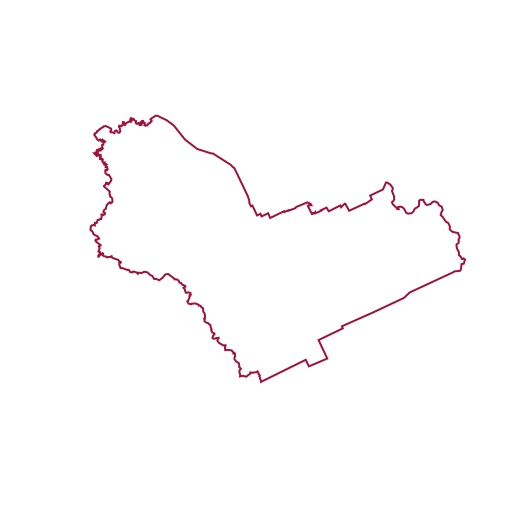 the district of Chascomús, Buenos Aires, Argentina, rotated 202°
{"feature_id": "61730980B62875315745131", "entity_name": "Chascomús", "entity_type": "district", "adm_level": 2, "iso_a3": "ARG", "parent_name": "Argentina", "parent_adm1": "Buenos Aires", "projection": "orthographic", "projection_center": [-57.761, -35.598], "detail": "fine", "context": "isolated", "style": "outline", "palette": "rose", "viewbox_px": 512, "rotation_deg": 202, "n_neighbors": 0, "source": "geoboundaries", "source_scale": "gbopen_adm2", "svg_char_len": 6135}
<svg xmlns="http://www.w3.org/2000/svg" viewBox="0 0 512 512"><g transform="rotate(202 256 256)"><path d="M294.1,189.4L291.3,189.3L290.6,188.6L289.8,189.1L288.1,188.7L287.6,188.1L285.5,187.7L284.1,184.7L282.1,183.5L280.3,180.4L280.6,178.8L279.8,178.5L280.1,177.9L279.4,176.3L277.1,175.6L275.1,175.8L274.3,175.2L272.5,175.0L271.5,173.2L270.2,172.1L270.1,171.0L269.3,170.6L269.1,169.6L268.0,168.8L265.5,168.6L265.2,167.8L265.9,166.3L265.8,164.0L265.3,163.4L263.6,163.6L261.9,165.3L260.7,165.4L260.1,166.1L259.8,165.6L260.4,164.7L260.1,163.0L257.6,161.5L252.8,160.9L250.8,161.8L250.5,161.2L250.7,159.7L249.2,157.2L247.5,158.2L243.1,159.4L241.8,158.4L240.5,158.2L240.4,157.2L239.1,157.7L237.9,155.4L237.9,153.6L237.2,152.1L234.9,150.7L231.9,150.3L230.4,148.1L230.1,146.8L227.8,145.9L228.4,143.9L228.2,142.6L225.8,139.4L225.7,138.4L223.0,140.1L219.9,140.4L217.2,144.9L217.6,145.9L215.8,146.3L212.3,148.3L211.4,149.6L210.1,148.7L209.6,147.6L207.8,146.8L207.9,145.7L206.4,144.5L206.3,143.6L204.5,142.2L204.2,141.2L171.0,178.4L165.6,173.5L151.5,187.6L166.5,201.5L148.4,221.4L150.0,223.0L125.6,248.3L103.2,272.5L99.8,279.8L66.9,315.0L66.5,315.9L61.3,318.7L61.0,320.4L62.4,325.5L60.5,326.7L60.9,331.1L62.7,331.5L63.2,330.6L64.1,330.4L65.6,331.8L68.3,333.0L69.3,335.6L72.3,338.1L74.2,341.0L74.3,342.2L73.1,343.8L73.4,345.7L74.3,346.6L74.1,349.4L75.2,351.1L76.7,352.1L77.1,353.0L82.9,352.0L85.9,353.0L86.6,353.7L87.1,355.8L90.1,358.6L92.9,359.0L97.8,362.3L100.1,363.1L100.5,366.3L100.1,368.7L102.3,371.3L105.3,371.6L107.4,373.4L110.6,373.6L112.5,372.4L113.6,369.6L116.6,367.3L118.3,367.6L119.4,368.7L120.8,369.3L121.8,370.8L124.4,369.7L125.3,368.9L125.4,368.1L123.7,363.8L124.5,361.9L126.3,359.6L126.7,358.4L126.6,356.4L127.8,353.9L130.8,352.3L132.8,352.2L136.6,355.4L138.5,356.0L140.5,355.9L142.4,354.8L142.3,354.0L141.3,352.9L142.7,352.4L143.7,353.3L148.6,355.2L149.8,356.5L150.1,357.2L149.1,358.7L149.1,360.6L150.6,363.3L154.2,367.1L154.4,370.1L158.1,372.5L161.9,373.2L163.0,372.9L163.2,365.2L172.8,354.8L169.8,351.8L174.4,344.9L175.0,345.2L186.6,332.8L192.7,337.9L193.4,337.7L195.3,333.1L196.7,334.5L205.3,324.7L208.7,327.3L212.9,322.8L212.4,322.6L214.1,320.6L217.0,317.8L217.4,318.5L217.5,318.0L218.4,318.0L218.9,317.6L218.5,317.1L219.8,315.8L226.6,321.8L226.6,322.6L223.7,323.8L225.0,324.8L228.4,325.0L237.2,316.4L237.3,315.2L243.0,310.0L243.2,310.4L246.1,307.4L246.7,308.1L257.1,296.6L260.7,300.2L265.7,294.8L267.7,296.8L270.2,294.0L278.2,301.4L279.3,300.2L282.1,302.7L283.0,304.9L286.3,308.7L309.2,329.6L310.1,329.5L313.7,331.1L334.3,334.9L336.3,334.3L350.5,333.2L365.3,337.3L381.3,346.3L389.6,348.4L400.2,349.1L401.9,348.1L405.0,343.6L405.0,343.0L403.5,342.5L403.3,341.6L404.1,340.5L404.2,339.2L405.5,338.6L405.6,336.4L406.9,336.0L407.4,335.3L408.5,335.5L408.6,337.0L409.2,337.9L411.5,336.6L411.9,336.8L410.9,338.1L411.3,338.9L412.3,338.6L413.2,336.1L412.9,335.7L411.7,335.9L411.2,334.8L412.9,333.7L414.9,335.3L415.9,333.9L416.6,333.9L417.4,334.5L417.8,336.2L419.5,336.2L420.6,337.2L421.4,337.1L421.7,335.6L422.3,335.3L422.4,337.0L423.5,337.1L423.8,336.3L423.6,335.0L422.3,334.1L422.3,333.4L423.9,333.2L426.1,330.7L426.5,328.2L427.5,328.3L428.4,330.5L429.5,330.3L428.9,328.3L429.3,325.9L431.1,325.9L431.6,325.4L431.6,324.6L429.9,323.2L429.6,322.0L428.7,321.2L428.6,320.0L429.1,318.9L430.5,318.7L431.7,319.9L432.6,320.1L433.6,319.0L433.3,316.9L435.3,316.9L437.0,316.3L437.8,316.9L437.5,318.6L438.0,319.8L443.9,320.3L446.0,318.9L445.9,318.4L447.8,316.1L448.0,315.0L448.6,314.9L449.4,312.7L450.0,312.4L449.9,310.8L451.2,309.5L451.0,308.8L451.5,308.2L451.2,307.6L448.0,305.7L447.3,304.8L444.9,304.1L444.2,305.6L442.8,304.8L442.1,306.0L441.4,304.7L440.5,306.1L438.8,305.5L440.0,304.4L439.4,303.2L439.4,302.0L440.3,301.1L439.6,300.2L439.5,299.0L438.4,298.5L438.4,297.9L440.1,297.7L440.1,297.3L439.2,296.7L439.5,295.6L440.2,295.6L440.6,296.5L441.4,296.4L440.8,295.0L441.4,294.3L441.9,294.3L442.3,295.1L443.1,294.9L443.1,294.2L441.9,294.0L441.5,292.9L443.0,293.2L442.8,292.0L443.6,291.6L443.1,290.9L444.3,290.5L441.3,289.1L440.7,289.8L441.9,290.2L441.6,291.4L440.9,291.3L440.0,289.9L439.7,290.2L440.0,290.7L439.4,291.3L437.9,291.3L438.4,289.7L437.7,290.6L437.3,290.4L436.8,289.3L437.5,288.7L436.9,287.4L434.7,288.4L434.0,287.8L434.4,287.2L434.1,286.2L432.9,285.6L431.8,285.9L432.2,285.2L431.3,285.0L431.4,284.2L430.8,283.9L429.8,285.1L428.7,284.9L429.0,283.7L428.7,282.1L427.4,282.7L426.0,280.6L426.2,279.8L426.9,280.1L427.9,279.1L426.7,276.4L423.9,275.5L422.8,276.1L418.8,273.1L418.7,270.9L419.6,267.1L420.3,267.1L420.7,268.1L422.4,267.8L422.2,266.0L423.2,264.0L423.0,263.6L415.7,261.0L415.2,258.8L413.9,257.6L413.7,256.6L411.6,256.0L410.2,254.4L409.4,252.0L410.6,250.4L411.6,251.1L412.2,250.5L413.5,247.2L412.9,243.6L414.0,241.8L414.2,240.2L413.7,239.4L412.2,239.4L411.8,238.3L412.7,236.9L414.4,236.9L414.9,236.5L413.9,234.9L413.4,232.3L414.5,231.9L414.9,231.0L416.3,230.1L416.2,226.9L417.8,226.4L416.9,224.0L418.3,224.0L418.6,223.3L419.8,222.8L420.3,221.5L419.5,219.6L419.5,218.5L418.4,217.7L417.1,217.7L415.0,215.6L413.8,215.0L410.7,215.0L408.0,213.5L408.6,212.3L410.8,211.1L410.8,210.4L409.3,209.2L404.1,207.9L404.0,207.3L405.4,206.1L403.8,204.5L403.8,201.1L402.2,201.2L401.6,200.0L402.4,197.5L401.8,196.3L401.5,196.5L401.3,197.9L400.5,198.7L400.3,200.2L399.3,201.2L398.5,200.8L398.4,199.4L396.9,198.8L394.9,199.3L393.4,198.9L392.6,199.8L390.4,200.7L389.8,201.7L389.0,200.7L387.9,200.5L382.1,200.8L380.9,199.9L380.6,199.1L379.2,199.9L378.9,199.3L379.7,197.7L379.5,196.7L377.1,194.1L375.3,194.7L370.1,194.9L368.8,195.5L367.7,195.0L367.2,194.1L364.7,194.3L364.1,195.6L361.5,196.0L360.4,196.0L358.9,195.2L358.7,196.5L355.5,197.5L353.8,199.5L350.5,200.2L346.8,198.7L344.7,198.7L341.7,196.5L339.7,197.4L336.6,197.3L334.4,200.9L333.2,204.9L330.7,206.4L324.2,204.7L322.6,203.8L322.1,204.3L319.8,204.6L318.2,203.9L317.0,202.7L315.2,202.9L313.8,201.8L310.3,201.7L310.0,201.2L311.2,199.3L309.5,198.5L308.4,196.7L306.9,195.6L305.1,197.0L303.1,197.2L303.1,196.0L302.0,195.9L302.0,195.4L302.1,194.4L302.7,193.9L302.1,192.5L302.2,189.2L302.7,188.2L300.8,186.6L297.9,187.0L297.6,187.8L294.1,189.4Z" fill="none" stroke="#9f1239" stroke-width="2"/></g></svg>